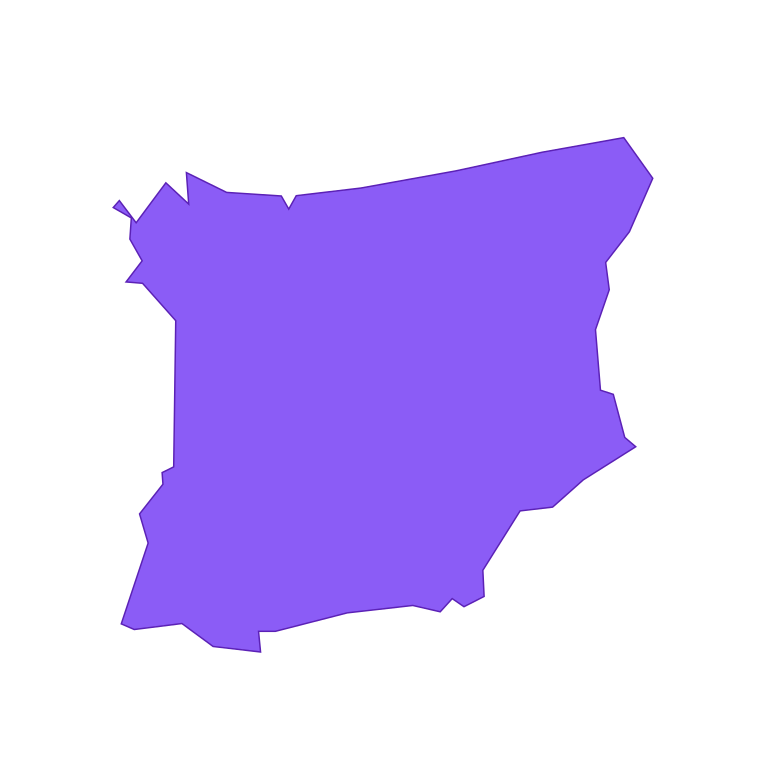 Coffee, Tennessee, United States of America (Albers equal-area conic projection), rotated 80°
{"feature_id": "52423323B30803905187114", "entity_name": "Coffee", "entity_type": "district", "adm_level": 2, "iso_a3": "USA", "parent_name": "United States of America", "parent_adm1": "Tennessee", "projection": "albers", "projection_center": [-86.08, 35.496], "detail": "fine", "context": "isolated", "style": "filled", "palette": "violet", "viewbox_px": 768, "rotation_deg": 80, "n_neighbors": 0, "source": "geoboundaries", "source_scale": "gbopen_adm2", "svg_char_len": 792}
<svg xmlns="http://www.w3.org/2000/svg" viewBox="0 0 768 768"><g transform="rotate(80 384 384)"><path d="M228.1,83.6L183.0,105.1L183.2,187.7L186.6,276.4L187.0,372.8L183.3,437.7L195.2,447.4L181.0,452.5L168.0,505.7L141.5,541.9L172.9,545.1L148.0,563.9L182.2,600.1L157.4,612.8L163.2,620.0L176.6,604.0L197.2,609.1L220.7,600.8L238.7,620.3L242.9,604.3L285.5,578.1L429.1,605.5L432.7,617.9L444.3,619.1L469.5,647.3L499.7,643.9L574.6,684.4L582.4,672.6L584.8,624.6L612.8,597.9L626.5,552.1L605.8,550.5L608.7,533.9L603.0,460.0L607.1,394.1L618.1,368.2L607.2,354.1L617.2,343.9L610.6,322.3L584.6,319.0L532.6,272.0L534.5,239.3L513.0,204.4L489.5,147.0L478.4,156.2L434.0,160.0L427.7,171.9L367.2,166.3L330.3,145.8L302.8,144.6L276.7,115.9L228.1,83.6Z" fill="#8b5cf6" stroke="#5b21b6" stroke-width="1.5"/></g></svg>